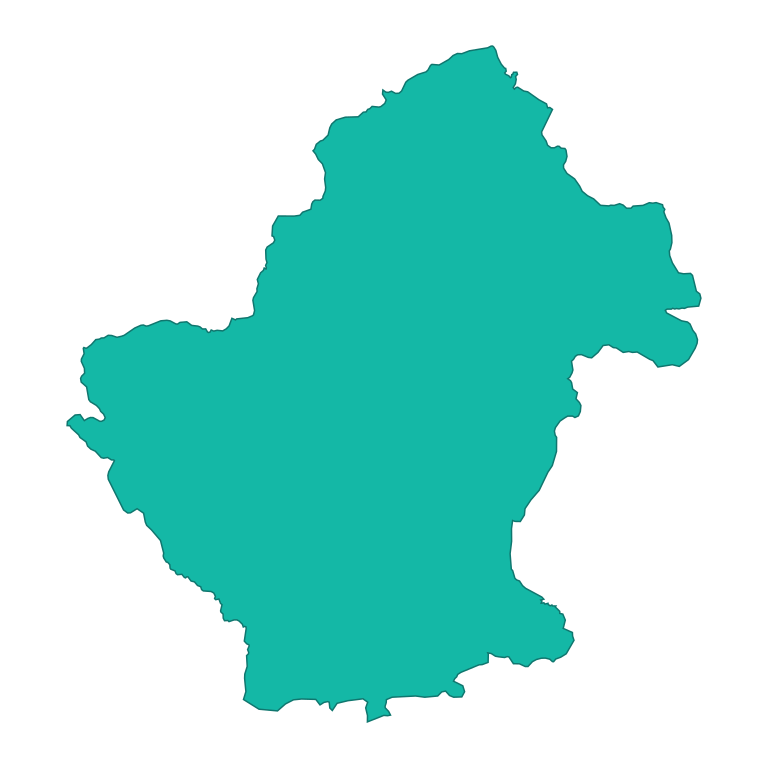 Walikale, Nord-Kivu, Democratic Republic of the Congo
{"feature_id": "63176286B33968238717987", "entity_name": "Walikale", "entity_type": "district", "adm_level": 2, "iso_a3": "COD", "parent_name": "Democratic Republic of the Congo", "parent_adm1": "Nord-Kivu", "projection": "orthographic", "projection_center": [28.228, -1.084], "detail": "fine", "context": "isolated", "style": "filled", "palette": "teal", "viewbox_px": 768, "rotation_deg": 0, "n_neighbors": 0, "source": "geoboundaries", "source_scale": "gbopen_adm2", "svg_char_len": 6043}
<svg xmlns="http://www.w3.org/2000/svg" viewBox="0 0 768 768"><path d="M278.3,216.0L272.6,226.0L272.0,235.9L273.6,236.6L274.8,240.2L273.4,242.8L267.2,247.0L265.7,250.0L266.0,259.1L267.0,262.6L265.6,265.4L266.4,267.9L266.0,269.0L264.2,268.0L263.4,270.4L260.6,272.8L257.3,279.5L258.4,283.8L256.9,288.7L257.1,291.5L253.5,297.6L252.9,300.3L254.6,310.6L253.5,314.8L252.6,315.7L247.8,317.7L236.7,318.9L235.5,319.9L231.9,318.3L229.1,325.9L226.3,328.8L222.7,330.9L217.1,330.3L213.7,331.1L211.2,330.0L210.0,332.1L208.6,332.5L207.5,332.0L205.7,328.9L202.5,329.0L200.0,326.9L197.8,326.1L191.7,325.4L186.8,321.8L180.0,322.4L177.5,324.1L175.8,323.9L170.2,320.9L166.9,320.3L160.8,320.8L148.4,325.8L146.1,326.1L143.4,325.0L140.9,325.3L134.8,328.0L124.2,335.3L121.7,336.2L117.0,337.3L111.7,335.5L108.2,335.3L104.0,337.9L101.2,338.0L99.5,339.1L95.8,339.6L91.3,344.6L87.2,347.8L86.0,348.3L83.9,347.5L83.3,348.3L84.1,353.7L81.4,359.1L81.3,361.4L84.4,368.3L84.6,373.2L81.7,376.1L80.6,378.4L81.2,382.1L86.6,386.9L88.8,399.6L90.4,401.8L96.4,405.4L99.5,408.7L100.7,411.4L103.6,414.1L105.2,417.7L104.0,420.1L101.5,421.3L99.8,421.3L93.1,417.6L90.5,417.5L87.9,418.4L84.3,420.6L80.1,414.6L75.1,415.0L67.4,421.5L67.1,425.6L69.9,425.7L71.4,428.2L78.7,434.9L80.0,437.5L86.1,441.9L87.6,446.1L90.8,449.1L95.3,451.2L101.2,457.6L103.6,458.2L107.7,457.5L111.4,459.9L113.8,460.0L114.4,460.7L108.7,471.9L107.9,475.4L108.3,479.3L123.6,510.0L127.7,513.0L130.5,512.8L137.1,508.7L143.6,513.2L145.3,522.0L146.7,525.4L151.4,529.8L160.5,540.5L163.7,553.1L163.2,556.0L163.8,558.1L166.3,562.0L167.7,562.3L169.8,564.7L170.1,568.1L170.8,569.2L175.0,570.9L176.1,573.6L177.5,574.7L181.9,574.3L184.3,577.4L185.6,577.9L186.5,576.9L187.9,576.8L191.0,581.0L194.5,581.9L197.5,585.5L200.7,586.7L201.6,589.6L203.3,590.9L211.1,591.5L213.8,593.0L215.4,596.3L214.6,598.6L215.7,599.7L218.9,599.0L220.5,603.3L222.0,604.7L220.6,610.8L220.8,611.9L223.1,614.1L223.2,618.1L224.5,620.7L227.8,620.5L229.0,621.6L234.1,619.9L236.9,619.9L239.2,621.1L242.4,624.3L243.3,627.0L244.7,626.4L245.9,626.8L246.2,628.4L244.3,641.1L246.7,643.8L248.9,644.8L249.2,645.9L247.6,649.6L248.7,652.4L248.4,653.9L246.6,655.6L247.2,666.4L244.8,674.1L244.6,678.3L245.9,691.6L243.5,699.5L259.0,709.2L277.5,710.9L285.5,703.9L293.5,699.8L301.6,699.0L315.8,699.4L320.0,704.9L324.0,702.4L327.8,701.6L329.2,702.2L329.8,708.0L332.3,710.5L337.1,703.3L347.9,700.7L363.0,698.8L367.7,702.2L365.7,707.9L367.5,715.6L367.4,721.9L383.8,715.4L387.6,715.7L390.5,715.1L388.6,711.4L385.2,707.8L385.1,706.2L386.2,702.7L386.4,699.6L392.1,697.2L415.6,696.0L424.7,697.2L437.7,696.0L441.7,691.9L445.6,691.1L449.5,695.5L453.6,697.2L461.8,696.9L464.6,691.7L462.8,685.8L453.5,681.2L454.8,678.6L456.7,676.8L457.7,674.4L461.0,672.3L479.1,664.8L482.2,664.6L488.1,662.4L488.3,654.0L487.8,652.9L491.2,653.5L495.4,656.2L498.7,656.8L504.6,657.5L507.2,656.6L508.9,656.9L513.4,663.7L519.4,663.8L525.2,666.5L528.0,666.5L532.4,661.7L536.4,659.5L541.4,658.2L545.4,658.1L549.8,659.2L552.4,661.6L553.6,661.7L555.8,659.0L560.7,657.2L566.2,653.8L574.0,640.3L572.6,636.1L572.4,632.5L563.2,628.4L565.3,620.1L562.8,614.1L559.8,613.4L559.7,611.3L555.3,607.0L555.9,606.0L552.3,605.9L551.9,605.0L550.2,605.8L548.2,604.5L548.0,603.3L545.0,604.1L543.9,602.8L541.2,603.2L541.9,601.1L540.8,600.0L543.8,599.2L541.9,597.1L525.6,588.3L522.5,585.6L519.5,581.0L516.6,579.9L514.9,578.3L512.7,570.7L511.3,569.1L510.1,553.7L511.6,541.3L511.5,528.7L512.6,520.5L515.1,521.4L520.3,521.5L524.4,515.0L525.0,508.7L530.9,499.9L539.2,490.3L547.9,472.2L552.3,465.6L556.5,451.4L556.6,437.3L555.2,435.3L554.4,431.1L555.4,427.6L560.0,421.1L564.8,417.8L567.7,416.1L572.6,416.1L574.9,417.5L578.4,415.9L580.3,411.6L580.9,405.5L579.4,402.5L576.0,398.8L577.4,392.6L572.7,389.0L571.6,382.7L570.5,380.7L567.7,378.7L569.7,377.3L572.0,373.0L572.9,370.0L571.5,361.2L573.5,359.4L575.3,356.4L577.6,354.8L581.5,354.6L588.3,357.4L591.7,357.8L598.0,352.4L603.1,345.5L608.9,344.8L613.3,347.6L616.3,347.9L623.2,352.4L628.8,351.5L632.5,352.4L637.2,352.0L649.7,359.3L653.0,360.6L657.9,367.0L672.3,364.7L679.3,366.4L688.5,359.6L695.2,348.2L697.1,343.3L697.5,339.7L695.7,334.0L692.8,330.3L690.0,324.0L687.5,322.0L681.5,320.8L666.7,313.0L665.3,310.3L667.1,309.1L671.4,309.1L672.7,308.3L674.8,309.0L676.4,308.5L679.0,308.9L682.0,308.1L684.5,308.4L687.6,307.1L698.7,306.1L700.9,298.2L699.8,293.9L696.4,291.3L692.5,275.4L690.5,273.4L683.5,273.8L678.5,272.8L672.4,262.9L669.7,255.6L669.3,250.9L670.4,249.1L671.9,242.6L671.7,235.4L669.0,223.1L666.0,217.8L663.8,211.8L664.8,209.3L663.1,207.2L662.5,204.7L656.1,202.6L652.8,203.2L649.3,202.7L643.0,205.4L633.1,206.1L631.0,208.2L626.5,208.2L623.2,205.1L619.6,203.7L614.2,205.4L610.7,205.2L608.8,205.9L600.5,205.3L593.7,198.9L587.5,195.7L582.2,191.3L579.7,186.2L574.6,178.9L567.0,173.5L563.6,168.1L563.5,164.8L565.7,161.3L567.0,156.4L566.0,150.1L564.9,148.5L561.2,148.2L559.1,146.3L557.4,146.2L554.4,147.8L551.1,147.8L547.6,145.3L546.1,141.0L542.0,134.9L541.6,131.9L552.5,109.4L549.8,107.5L547.6,107.8L546.5,103.9L538.8,99.7L527.7,91.8L523.7,91.0L517.7,87.2L516.1,87.5L514.4,89.1L513.2,87.5L515.4,83.8L516.2,79.4L515.6,76.5L517.5,74.4L516.8,72.2L513.5,72.3L512.7,74.3L511.7,74.6L511.3,77.1L510.4,77.7L508.8,75.8L505.5,74.2L504.7,72.9L506.2,71.2L505.7,68.4L504.6,68.2L501.2,64.1L497.7,57.3L495.8,50.3L493.8,47.1L492.7,46.1L491.1,46.1L487.7,47.8L469.5,50.8L461.8,53.7L457.4,53.5L453.1,55.5L448.8,59.5L439.1,65.0L431.9,64.4L430.5,65.4L428.0,70.0L426.0,71.9L417.7,74.5L407.9,80.2L405.8,82.2L401.6,91.0L399.1,93.2L395.5,93.4L391.5,91.2L388.3,92.4L385.8,92.1L382.9,90.0L382.5,94.1L386.2,99.9L384.8,103.4L381.0,106.5L379.0,107.1L372.1,106.4L369.8,108.7L367.7,109.4L366.1,111.9L363.3,112.2L358.2,116.8L345.3,117.2L336.2,119.9L331.7,124.0L329.8,127.8L328.1,135.1L322.8,140.3L320.4,141.0L316.3,144.3L314.5,149.3L313.0,150.8L315.7,154.1L318.3,159.5L322.4,163.8L325.5,172.6L324.6,179.0L325.7,187.5L325.3,191.0L323.0,196.3L322.8,198.3L320.2,200.2L314.9,200.1L312.9,201.7L311.7,204.1L310.9,209.2L302.6,212.2L299.9,215.3L294.1,216.1L278.3,216.0Z" fill="#14b8a6" stroke="#0f766e" stroke-width="1.5"/></svg>